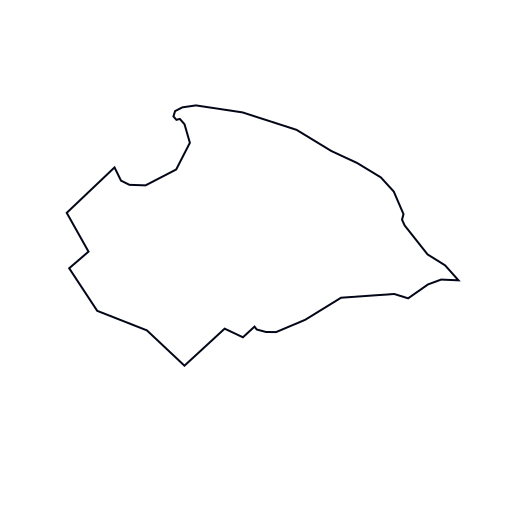 the district of Mathews, Virginia, United States of America, rotated 305°
{"feature_id": "52423323B81347355959648", "entity_name": "Mathews", "entity_type": "district", "adm_level": 2, "iso_a3": "USA", "parent_name": "United States of America", "parent_adm1": "Virginia", "projection": "robinson", "projection_center": [-76.331, 37.423], "detail": "fine", "context": "isolated", "style": "outline", "palette": "ink", "viewbox_px": 512, "rotation_deg": 305, "n_neighbors": 0, "source": "geoboundaries", "source_scale": "gbopen_adm2", "svg_char_len": 692}
<svg xmlns="http://www.w3.org/2000/svg" viewBox="0 0 512 512"><g transform="rotate(305 256 256)"><path d="M138.8,110.0L120.0,157.4L132.5,209.3L125.1,260.3L178.5,272.0L181.9,291.9L197.3,295.3L196.2,298.7L199.5,307.8L205.2,316.1L232.0,332.9L270.6,349.6L304.1,390.9L308.6,404.9L331.4,413.2L342.9,421.2L352.2,435.8L356.8,416.3L355.7,395.6L366.3,360.2L369.5,354.8L374.9,352.8L387.8,331.9L392.0,313.2L390.2,285.7L385.2,257.4L382.6,216.9L365.9,162.6L344.9,120.4L335.5,110.4L328.3,106.6L323.0,108.3L321.9,112.7L324.6,115.0L322.9,121.9L310.8,136.9L281.1,141.0L250.5,125.0L241.7,111.5L240.3,102.2L247.4,89.3L182.8,76.2L163.5,116.3L138.8,110.0Z" fill="none" stroke="#020617" stroke-width="2"/></g></svg>